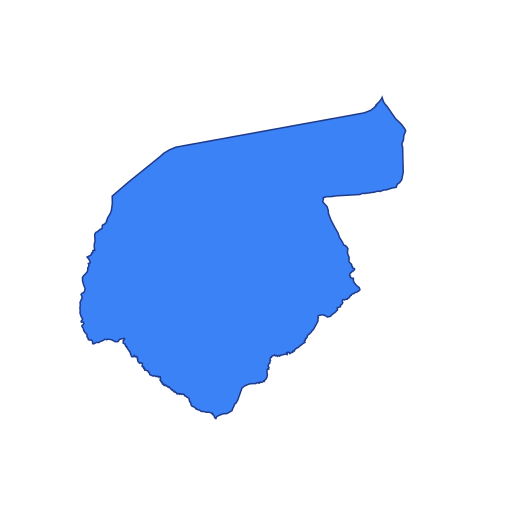 Chifunabuli, Luapula, Zambia (Albers equal-area conic projection), rotated 246°
{"feature_id": "96606910B92394332931396", "entity_name": "Chifunabuli", "entity_type": "district", "adm_level": 2, "iso_a3": "ZMB", "parent_name": "Zambia", "parent_adm1": "Luapula", "projection": "albers", "projection_center": [29.518, -11.09], "detail": "fine", "context": "isolated", "style": "filled", "palette": "blue", "viewbox_px": 512, "rotation_deg": 246, "n_neighbors": 0, "source": "geoboundaries", "source_scale": "gbopen_adm2", "svg_char_len": 6105}
<svg xmlns="http://www.w3.org/2000/svg" viewBox="0 0 512 512"><g transform="rotate(246 256 256)"><path d="M375.5,170.0L369.2,149.0L362.6,146.2L357.0,142.8L354.6,140.8L350.9,135.6L349.4,134.4L349.2,134.0L348.8,133.9L348.7,133.6L348.0,133.6L347.5,132.8L347.3,131.6L346.5,130.5L346.9,129.2L346.4,128.0L343.6,126.5L343.8,124.5L343.3,123.3L343.1,122.1L342.7,121.7L342.7,119.4L341.9,118.0L340.6,117.1L335.0,115.0L333.4,113.6L330.5,112.0L326.7,111.0L326.9,110.3L327.4,109.7L327.4,109.3L326.7,109.1L326.1,108.4L325.7,108.2L325.6,107.2L325.1,107.2L324.8,106.9L324.8,106.2L324.1,105.8L323.9,105.4L323.8,101.3L323.1,101.3L321.8,102.0L317.5,102.1L317.1,100.9L317.4,99.8L315.0,99.5L313.7,97.6L311.5,96.5L310.1,95.3L308.6,91.9L308.0,90.2L306.9,88.7L303.8,87.4L299.9,86.8L295.8,86.6L294.3,85.7L292.7,83.8L292.6,81.4L291.9,80.5L289.8,80.5L288.4,80.0L285.2,76.4L282.9,75.6L279.7,73.8L278.4,73.5L275.4,72.0L271.5,71.6L269.1,72.0L268.5,71.5L267.6,69.8L267.1,69.5L266.6,69.5L266.2,71.0L264.6,71.4L263.7,70.6L263.3,68.7L262.3,68.3L260.4,68.8L258.0,68.3L256.7,68.5L255.5,68.7L253.0,69.7L251.1,68.8L250.0,68.9L249.2,69.3L248.1,68.8L247.2,69.3L246.7,70.1L246.6,70.9L245.5,71.8L243.9,71.8L242.4,71.1L242.1,71.4L241.7,72.5L242.0,75.1L240.9,77.0L241.2,78.6L241.0,82.3L241.4,84.0L241.2,84.7L240.3,85.4L240.1,87.1L239.3,88.6L237.9,90.3L235.1,92.4L234.1,94.4L234.1,95.5L235.3,97.4L234.9,100.0L234.3,102.1L233.6,102.3L232.4,100.0L231.7,100.1L230.7,99.2L229.5,99.9L228.9,100.6L228.5,100.6L228.2,100.3L227.5,100.5L226.6,100.3L225.7,101.1L225.1,100.6L223.8,101.1L222.9,101.1L221.1,101.6L220.4,101.5L219.5,102.0L217.8,101.5L217.0,101.7L215.3,101.4L214.4,101.7L213.9,102.6L213.9,103.5L214.6,104.2L213.5,104.4L212.9,104.8L213.1,105.6L212.4,105.7L212.0,106.4L211.6,106.5L211.2,106.1L210.3,106.2L210.1,105.7L209.5,105.9L208.6,105.4L207.3,105.3L206.5,105.9L205.9,105.8L205.3,106.1L205.2,107.4L204.5,108.4L204.0,108.2L203.6,108.4L201.7,107.1L201.4,107.1L200.6,108.1L200.0,107.7L199.4,108.2L198.9,107.8L198.7,108.2L198.4,108.1L198.2,108.4L197.0,108.0L197.0,108.3L196.1,109.4L195.7,109.5L195.3,110.3L194.9,110.5L193.6,110.5L193.4,110.9L192.9,111.0L190.9,110.7L188.5,112.8L188.0,113.6L187.9,114.8L186.7,115.4L186.2,117.0L185.8,117.2L185.8,117.6L185.1,117.6L185.3,118.2L184.7,119.4L183.8,119.0L183.2,119.2L182.5,118.4L181.6,118.2L181.4,117.9L180.3,118.5L180.0,118.2L179.7,118.5L179.4,118.3L178.6,118.9L177.6,118.5L177.3,118.9L176.5,118.8L176.0,119.2L176.1,119.6L175.2,119.4L174.8,120.1L175.1,120.6L174.7,121.1L173.8,121.1L173.2,121.9L172.4,122.0L172.2,122.9L171.4,123.0L171.5,123.5L168.1,124.4L168.0,125.1L167.2,125.1L166.1,125.7L165.9,126.2L165.3,126.1L165.1,126.6L164.6,126.5L164.3,127.1L163.9,127.4L162.0,127.8L161.9,128.1L162.2,128.9L160.9,129.7L161.2,130.3L160.8,131.2L160.0,131.3L159.9,132.6L159.1,133.3L159.3,133.7L159.0,134.0L156.9,134.2L156.7,134.4L156.7,134.9L155.8,135.3L155.4,135.3L153.8,136.6L152.8,137.0L152.2,136.5L151.0,136.3L150.7,136.4L149.7,136.1L148.9,136.7L146.1,136.1L144.5,136.6L143.8,137.7L141.7,138.9L141.0,138.8L140.5,139.5L139.9,139.6L138.0,141.9L136.3,142.7L134.9,145.5L133.4,147.1L132.7,149.1L131.2,150.9L130.1,151.7L130.0,152.2L129.4,152.3L129.1,151.9L127.5,152.7L125.0,152.5L123.8,153.2L125.1,154.5L125.4,155.7L125.3,161.6L124.1,164.6L123.9,166.1L124.5,171.2L126.2,172.7L127.9,174.9L128.9,175.6L129.4,176.5L129.8,178.0L131.9,180.8L141.0,189.4L141.5,191.0L141.9,192.8L141.9,197.2L141.3,199.8L139.5,204.0L139.8,204.9L139.8,205.4L139.3,206.4L138.5,207.0L138.6,207.5L139.3,207.4L139.3,207.7L139.0,208.8L138.6,209.2L138.3,210.1L138.3,212.1L138.1,212.5L139.0,212.6L139.2,214.5L140.6,216.5L142.9,218.1L146.1,219.0L147.1,219.6L148.0,220.4L147.4,221.3L147.5,221.7L148.4,221.7L148.8,222.5L150.5,222.3L151.2,222.8L152.1,223.7L152.7,225.3L154.2,225.8L154.6,226.7L155.5,226.7L156.3,227.2L157.4,228.3L157.2,228.9L157.6,229.1L158.1,230.2L158.1,231.0L157.7,231.8L158.1,232.7L156.8,233.3L156.7,234.2L155.7,234.6L156.1,236.0L154.9,236.8L155.3,237.9L154.5,242.7L154.3,243.5L153.3,244.2L154.4,245.2L155.2,245.0L155.3,245.7L154.7,246.2L154.7,246.8L154.4,247.1L153.1,247.2L153.4,248.8L153.3,250.0L153.1,250.3L154.1,250.8L153.6,252.1L153.7,252.6L154.5,252.9L155.2,255.2L155.3,257.7L155.7,258.3L156.0,259.6L156.4,260.5L156.3,261.4L157.0,263.4L157.1,265.6L158.8,265.6L158.9,266.7L159.5,267.2L160.2,267.3L160.5,267.8L160.2,268.0L160.6,269.1L161.5,270.1L162.0,270.2L162.7,271.3L163.0,272.1L162.9,272.7L164.2,275.9L165.2,277.1L165.1,277.8L166.1,279.4L167.0,280.4L167.1,280.7L170.2,284.7L171.6,286.3L172.8,286.6L174.0,287.8L175.0,287.8L175.9,288.1L176.0,289.9L175.3,292.8L173.3,295.1L171.2,296.4L170.6,299.7L171.5,301.5L172.6,306.2L173.3,307.3L173.4,308.3L173.9,308.7L175.7,309.2L175.3,312.5L176.7,313.3L177.1,315.1L177.8,316.0L178.1,316.3L179.8,316.5L180.7,317.2L180.7,318.0L179.8,319.2L180.0,320.2L179.4,321.8L179.9,322.5L180.1,324.5L181.1,325.2L181.3,327.0L181.9,327.6L182.2,329.0L181.8,330.2L182.3,331.4L182.0,334.2L182.6,336.8L183.1,337.3L185.2,337.4L188.0,335.9L192.5,334.6L193.0,335.0L194.0,335.0L196.0,335.9L196.3,335.0L196.7,334.8L197.1,334.1L198.5,333.5L199.2,334.1L200.2,333.6L201.4,334.3L201.7,334.7L202.7,337.6L202.8,339.0L203.5,340.5L204.0,340.8L204.5,340.7L205.7,339.4L206.8,339.8L207.9,339.3L208.6,339.8L209.8,339.8L212.0,338.9L213.0,338.7L214.0,339.0L215.2,339.8L215.7,339.8L216.8,340.5L221.7,340.7L222.4,341.4L224.2,342.0L224.9,342.9L227.1,342.7L228.1,342.3L229.1,341.9L230.0,341.0L230.8,340.6L233.5,340.6L239.0,339.8L243.7,340.3L249.9,339.6L258.6,339.1L265.5,339.5L268.0,340.5L272.1,341.0L276.7,339.5L278.7,339.1L280.6,340.8L282.0,341.3L281.4,344.8L279.5,349.3L278.5,353.3L270.0,375.7L269.9,378.7L268.9,380.8L266.2,390.0L265.8,393.3L264.5,395.6L264.3,399.7L263.4,401.9L262.7,408.2L261.7,412.0L264.1,414.2L264.6,417.0L266.3,420.0L272.5,424.5L295.7,434.2L298.2,434.6L299.4,435.1L302.0,437.9L305.7,439.9L309.4,443.6L309.7,443.7L311.7,443.6L315.9,442.7L318.3,442.0L324.8,439.3L339.7,436.5L342.4,435.6L345.1,435.2L349.5,435.7L348.9,435.1L346.9,431.6L345.1,426.9L344.4,426.9L343.1,422.8L342.4,420.0L342.8,412.9L388.0,227.2L388.2,220.3L387.4,213.6L385.7,208.3L375.5,170.0Z" fill="#3b82f6" stroke="#1e3a8a" stroke-width="1.5"/></g></svg>